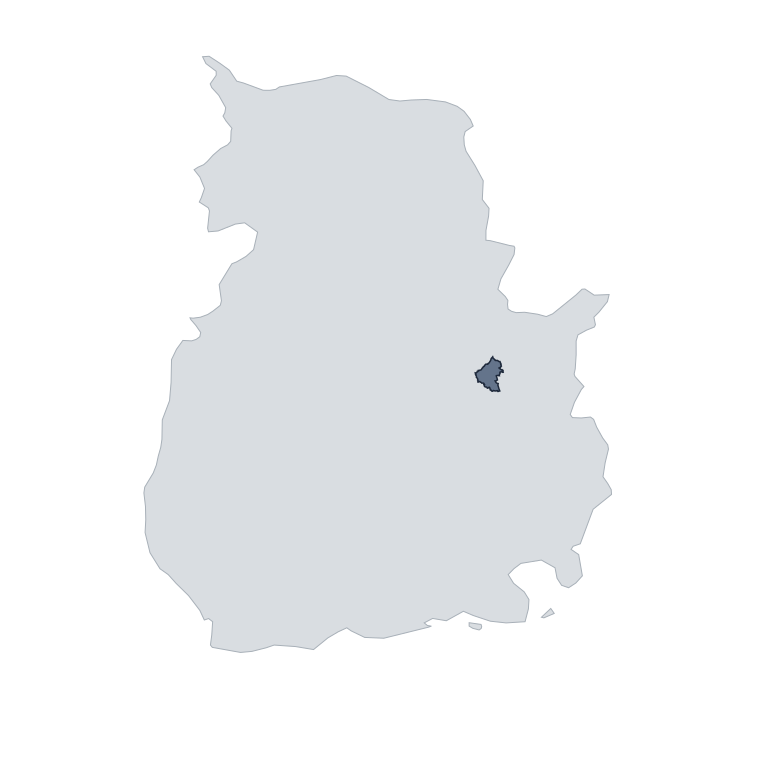 Pea Reang, Prey Vêng, Cambodia shown in context, rotated 282°
{"feature_id": "14789045B14089291645285", "entity_name": "Pea Reang", "entity_type": "district", "adm_level": 2, "iso_a3": "KHM", "parent_name": "Cambodia", "parent_adm1": "Prey Vêng", "projection": "orthographic", "projection_center": [105.246, 11.679], "detail": "fine", "context": "in_parent", "style": "filled", "palette": "slate", "viewbox_px": 768, "rotation_deg": 282, "n_neighbors": 0, "source": "geoboundaries", "source_scale": "gbopen_adm2", "svg_char_len": 7431}
<svg xmlns="http://www.w3.org/2000/svg" viewBox="0 0 768 768"><g transform="rotate(282 384 384)"><path d="M666.4,138.5L668.2,144.8L663.6,156.7L658.8,167.5L649.6,177.0L649.2,184.0L646.2,204.7L647.5,211.2L649.7,216.9L652.8,219.9L661.0,240.0L668.5,258.4L675.9,273.4L677.3,283.0L670.9,307.3L663.3,329.6L664.1,340.7L667.5,351.8L671.2,366.6L672.7,385.5L670.8,397.9L667.4,405.6L660.7,413.5L654.9,417.6L647.8,410.9L642.2,410.7L634.6,412.8L628.7,415.9L616.7,427.5L603.4,438.8L584.9,441.8L577.7,450.2L570.0,451.4L555.4,451.8L545.8,453.8L546.3,458.0L545.6,477.8L545.8,482.5L544.3,483.7L537.7,484.3L526.4,481.3L511.1,476.5L500.3,475.7L494.8,484.4L491.5,487.8L487.4,488.3L483.1,489.8L481.6,493.7L481.3,498.5L483.4,506.7L484.2,519.8L483.7,528.7L487.7,534.4L511.0,553.3L517.9,558.0L518.7,560.8L514.6,571.1L518.3,585.6L511.0,585.4L498.8,579.2L493.0,575.4L485.9,578.5L483.5,577.9L478.7,570.8L472.4,563.5L466.0,563.0L452.4,565.9L438.5,567.9L433.3,567.9L431.1,569.2L423.1,580.1L419.7,578.2L405.7,574.1L392.9,572.5L390.3,575.3L391.8,584.1L394.6,592.8L393.0,596.4L386.0,601.0L376.7,609.1L371.0,615.5L367.0,617.1L352.9,616.7L338.8,617.5L333.2,623.5L327.9,628.2L323.3,629.5L305.0,614.6L268.5,609.2L264.6,602.7L261.1,601.4L257.6,609.9L237.6,617.9L229.2,613.0L223.1,606.9L224.0,599.6L229.9,593.7L239.8,589.5L244.5,574.5L237.0,555.2L230.4,549.5L223.4,545.1L216.0,552.2L209.8,564.4L203.3,570.6L194.1,572.0L180.8,571.4L175.7,553.1L174.1,537.4L176.1,519.5L178.2,508.9L165.4,494.2L164.8,480.3L158.7,473.0L156.8,476.7L157.0,480.7L155.2,477.7L135.3,436.7L132.1,417.8L135.7,403.2L137.8,398.3L132.0,390.6L123.9,381.8L109.6,370.3L108.8,352.2L105.8,330.8L101.5,323.6L95.0,310.4L91.6,299.5L90.7,270.8L92.6,268.5L102.8,267.7L115.9,265.8L118.1,261.2L115.8,257.3L124.3,250.9L136.4,236.8L145.9,221.9L152.7,212.6L156.7,203.3L170.3,190.2L189.0,181.2L201.7,179.2L214.8,176.1L227.5,171.8L233.4,171.4L249.0,176.8L257.5,178.2L266.4,178.2L275.6,178.8L283.6,178.3L302.8,174.6L323.1,177.7L341.3,175.4L363.7,171.1L374.8,173.8L384.8,178.2L386.2,186.9L388.5,190.9L391.9,194.0L396.3,194.0L402.1,187.9L406.9,181.6L408.4,180.5L408.7,183.6L411.1,190.4L415.3,197.1L419.7,201.5L426.9,207.5L431.6,207.7L447.0,202.1L470.0,210.2L472.7,214.3L480.2,222.6L488.3,228.5L506.3,228.8L512.7,214.2L509.5,205.3L499.2,189.9L496.4,180.7L499.7,179.1L517.0,177.3L519.8,175.5L523.6,165.5L528.3,166.6L538.0,167.8L548.1,160.9L554.1,153.7L557.4,157.0L561.0,162.0L564.9,164.9L572.3,169.2L580.4,175.3L585.4,181.3L589.5,183.6L599.8,181.8L602.5,182.1L608.4,174.8L612.6,170.8L616.2,171.9L621.4,171.7L632.0,162.4L638.1,153.9L641.4,151.6L651.1,155.7L655.0,154.8L660.4,143.2L666.4,138.5ZM169.0,528.9L167.0,530.0L165.1,529.9L163.2,528.2L163.5,521.6L164.9,517.6L168.2,516.9L169.0,528.9ZM199.1,593.8L195.0,598.2L188.5,589.0L188.6,586.5L199.1,593.8Z" fill="#d9dde1" stroke="#a8b0b8" stroke-width="1"/><path d="M405.8,478.4L405.8,478.6L405.7,478.9L405.6,479.0L405.3,479.2L405.2,479.3L405.2,479.7L405.3,480.0L405.5,480.5L405.5,480.9L405.5,481.2L405.4,481.5L405.2,481.7L404.7,481.7L404.4,481.7L404.4,481.9L404.5,482.2L404.4,482.4L404.3,482.5L404.2,482.6L403.8,482.5L403.5,482.4L403.3,482.3L403.1,482.4L402.9,482.5L402.5,483.0L402.3,483.3L402.2,483.6L402.2,484.0L402.3,484.2L402.3,484.6L402.3,484.9L402.3,485.1L402.1,485.3L401.9,485.6L401.6,485.7L401.4,485.9L401.4,486.1L401.7,486.7L401.8,486.8L402.3,487.0L402.5,487.2L402.5,487.3L402.6,487.5L402.7,487.9L402.6,488.0L402.3,488.2L401.9,488.4L401.7,488.5L401.4,488.6L401.2,488.7L401.0,488.9L401.0,489.0L400.8,489.0L400.6,489.0L400.3,489.1L400.2,489.3L400.4,489.6L400.4,489.8L400.3,490.1L399.7,490.5L399.4,491.1L399.4,491.4L399.5,491.6L399.8,491.8L399.9,492.0L400.1,492.1L400.3,492.3L400.4,492.5L400.2,492.8L400.2,493.1L400.4,493.4L400.4,493.7L400.3,494.0L400.3,494.3L400.6,495.1L400.7,495.3L400.9,495.5L400.9,495.8L400.8,496.1L400.7,496.2L400.7,496.3L401.0,496.5L400.8,496.7L400.7,496.8L400.4,497.0L400.5,497.3L400.7,497.6L400.8,497.7L400.8,497.9L401.1,498.2L401.2,498.5L401.3,498.7L401.7,498.4L402.1,498.2L402.5,497.9L403.4,497.3L404.2,496.9L404.7,496.7L405.1,496.4L405.7,496.1L406.1,495.9L406.4,495.6L406.7,495.6L407.3,495.6L408.2,495.6L408.2,495.3L408.2,494.5L408.3,494.1L408.5,493.6L408.8,493.2L409.1,492.9L409.5,492.6L409.9,492.3L410.1,492.1L410.3,492.7L410.3,492.9L410.5,493.2L410.8,493.3L411.2,493.6L411.4,493.9L411.5,494.1L412.1,493.9L413.0,493.4L413.6,493.1L414.2,492.7L415.2,492.2L415.4,492.1L415.7,492.5L415.8,492.7L415.9,493.0L416.0,493.3L416.0,494.5L416.1,495.1L416.3,495.0L416.6,494.9L416.9,494.8L417.1,495.0L417.4,495.1L417.6,495.1L417.8,495.1L418.1,495.1L418.6,495.3L418.9,495.2L419.1,495.0L419.3,495.0L419.5,495.0L419.8,495.1L420.0,495.2L420.0,495.4L420.0,495.7L420.1,495.9L420.2,496.0L420.3,496.2L420.4,496.4L420.4,496.6L420.3,496.9L420.1,497.5L420.1,497.8L420.2,498.1L420.3,498.2L420.5,498.1L420.7,497.9L420.8,497.8L421.0,497.8L421.4,497.6L421.6,497.6L421.8,497.7L422.0,497.5L422.1,497.4L421.9,497.2L422.0,497.1L422.3,497.0L422.5,496.6L422.2,496.4L422.3,496.3L422.4,496.0L422.4,495.9L422.4,495.7L422.7,495.0L422.9,494.7L422.9,494.4L423.0,494.3L423.0,494.2L423.3,494.0L423.4,493.9L423.3,493.5L423.4,493.3L423.5,493.2L423.6,493.4L423.8,493.5L423.8,493.8L423.9,494.0L424.1,494.0L424.3,494.4L424.4,494.5L424.7,494.4L424.8,494.5L425.1,494.5L425.4,494.7L425.6,494.9L425.7,495.0L425.9,495.1L426.0,495.0L426.1,494.9L426.3,494.8L426.8,494.6L426.9,494.4L427.0,494.3L427.1,494.2L427.4,494.1L427.5,494.2L427.8,494.2L427.9,494.3L428.0,494.2L428.3,494.0L428.4,493.8L428.6,493.7L428.8,493.5L429.0,493.5L429.1,493.4L429.3,493.3L429.6,493.0L429.8,493.0L429.9,492.9L430.0,492.8L429.9,492.7L429.9,492.4L430.0,492.3L430.0,492.1L430.0,491.9L429.9,491.7L430.0,491.4L430.0,491.2L430.3,490.9L430.4,490.7L430.5,490.6L430.6,490.3L430.6,490.2L430.6,489.9L430.4,489.7L430.4,489.4L430.4,489.2L430.4,488.8L430.3,488.7L430.2,488.4L430.2,488.1L430.4,488.0L430.6,487.8L430.5,487.5L430.6,487.4L431.1,487.0L431.2,486.8L431.3,486.7L431.5,486.0L431.6,485.7L431.9,485.4L432.1,485.3L432.3,485.2L432.7,485.0L433.2,484.7L432.4,484.3L432.1,484.1L431.5,483.7L431.1,483.6L430.9,483.5L430.7,483.5L430.1,483.5L429.8,483.5L428.9,483.3L427.6,482.8L426.6,482.4L426.2,482.2L425.9,481.9L425.9,481.7L425.7,481.5L425.6,481.4L425.3,481.4L425.1,481.4L424.9,481.4L424.8,481.2L424.8,480.8L424.8,480.4L424.7,480.1L424.6,479.6L424.4,479.3L424.3,479.2L424.0,479.1L423.8,479.0L423.4,478.7L423.2,478.6L422.9,478.5L422.7,478.6L422.3,478.4L422.1,478.3L421.9,478.1L421.8,477.8L421.7,477.8L421.6,477.6L421.4,477.5L421.1,477.5L420.9,477.3L420.7,477.2L420.4,477.2L420.2,477.1L420.0,476.8L419.8,476.8L419.7,476.7L419.2,476.5L418.6,476.3L418.1,476.0L417.9,475.9L417.6,475.4L417.5,475.1L417.4,474.7L417.2,474.3L417.1,474.1L417.0,473.8L416.9,473.9L416.7,473.8L416.4,473.8L416.4,473.7L416.2,473.2L416.0,472.9L415.9,473.0L415.7,473.0L415.7,472.9L415.5,472.7L415.4,472.7L415.2,472.5L414.9,472.5L414.2,472.1L414.0,471.9L413.9,471.6L413.9,471.4L413.9,471.1L413.6,471.3L413.4,471.3L413.2,471.4L412.9,471.2L412.7,471.3L412.4,471.8L412.2,472.1L411.7,472.0L411.3,472.5L411.2,472.6L410.8,472.8L410.0,472.9L409.7,473.0L409.3,473.7L409.1,473.9L408.9,474.2L408.7,474.3L408.3,474.7L408.1,474.8L407.7,474.7L407.3,474.7L407.2,474.8L407.0,475.1L406.9,475.2L406.6,475.4L406.4,475.4L406.0,475.3L405.8,475.3L405.6,475.4L405.4,475.5L405.5,475.9L405.7,476.2L405.9,476.4L406.1,476.6L406.1,476.8L406.3,477.2L406.3,477.4L406.2,477.6L406.0,477.8L405.9,477.9L405.8,478.0L405.8,478.3L405.8,478.4Z" fill="#64748b" stroke="#1e293b" stroke-width="1.5"/></g></svg>